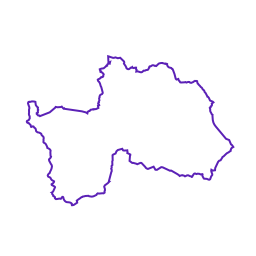 the district of Ahuacatlán, Puebla, Mexico, rotated 252°
{"feature_id": "50627088B38644247455726", "entity_name": "Ahuacatlán", "entity_type": "district", "adm_level": 2, "iso_a3": "MEX", "parent_name": "Mexico", "parent_adm1": "Puebla", "projection": "albers", "projection_center": [-97.866, 20.028], "detail": "fine", "context": "isolated", "style": "outline", "palette": "violet", "viewbox_px": 256, "rotation_deg": 252, "n_neighbors": 0, "source": "geoboundaries", "source_scale": "gbopen_adm2", "svg_char_len": 5805}
<svg xmlns="http://www.w3.org/2000/svg" viewBox="0 0 256 256"><g transform="rotate(252 128 128)"><path d="M183.5,41.6L183.3,41.1L182.4,40.5L179.7,40.5L179.0,40.6L177.4,40.4L176.0,39.5L173.0,38.6L172.3,38.2L171.1,37.9L169.6,38.1L168.2,37.7L167.5,37.5L166.1,35.9L166.0,34.3L165.7,34.0L165.3,33.7L164.7,33.7L164.0,34.0L163.4,35.1L162.3,35.5L161.4,36.1L160.8,36.3L159.2,36.1L158.9,36.3L158.9,36.6L159.0,38.0L158.6,38.6L157.5,38.9L156.3,39.7L155.6,39.9L153.7,39.7L153.2,39.7L152.7,40.0L151.8,40.7L151.2,41.9L150.1,43.1L149.3,43.7L148.5,43.6L147.7,43.8L145.8,44.8L144.9,44.8L144.1,44.6L143.3,44.1L141.8,43.7L140.8,43.2L139.9,43.5L138.9,44.5L137.9,44.9L135.2,45.3L134.0,45.1L133.1,46.1L132.1,46.9L131.2,47.3L130.4,47.4L129.0,46.7L125.4,45.7L124.6,46.0L124.3,45.8L123.3,44.7L122.8,43.5L122.4,43.1L122.0,43.0L120.4,43.0L120.0,43.2L117.8,43.5L116.7,43.9L115.7,43.9L114.9,43.8L113.0,42.7L111.8,41.7L110.6,40.5L109.5,39.7L109.3,39.5L109.2,38.9L108.5,37.7L107.7,37.0L106.7,37.0L106.4,37.1L104.8,38.8L102.9,39.1L102.0,39.5L100.1,41.2L99.4,40.8L98.6,39.6L98.2,38.0L97.7,37.8L97.2,38.0L95.6,39.6L94.6,40.3L94.2,40.3L90.8,37.2L90.3,36.3L90.2,35.7L90.0,35.9L88.6,35.5L87.2,36.1L86.9,36.2L86.5,35.9L85.0,37.1L84.7,37.2L83.8,36.8L82.7,37.4L82.4,38.4L82.1,40.8L81.4,42.2L82.8,44.3L82.6,44.8L82.2,45.0L81.4,45.0L80.8,44.9L79.8,44.9L78.1,45.4L76.7,46.4L76.3,47.1L75.7,48.6L75.0,49.9L74.2,50.7L73.4,51.2L72.8,51.0L72.6,50.8L71.9,50.8L71.7,51.5L71.6,52.6L72.7,56.6L73.5,56.8L74.7,56.8L75.1,57.7L76.1,61.1L76.4,61.8L76.6,62.5L76.5,63.2L76.8,63.9L76.6,64.6L76.5,66.5L75.7,69.5L75.2,69.8L74.0,72.1L73.8,73.0L73.7,74.2L74.1,77.3L74.8,78.0L75.2,79.0L74.6,80.1L73.9,83.3L73.4,84.6L73.8,85.8L75.1,86.1L75.8,86.8L77.1,87.2L79.5,87.2L80.6,88.2L81.8,91.8L82.6,93.3L82.7,93.0L91.1,98.4L91.9,99.1L93.3,99.6L94.4,99.4L95.2,100.2L96.9,100.6L97.1,100.8L97.6,101.7L101.1,102.7L101.9,103.4L106.9,104.9L107.3,105.7L107.6,108.3L109.4,109.8L110.2,111.5L110.0,116.1L108.3,116.4L107.8,117.2L107.1,119.7L107.0,120.4L105.3,120.1L104.4,119.6L102.1,122.0L101.6,121.9L101.2,121.4L96.2,119.3L93.5,121.2L93.2,122.2L91.5,124.8L90.7,125.6L91.0,129.0L90.6,130.0L85.6,132.4L84.7,132.6L83.8,133.2L82.9,134.3L83.3,140.4L79.8,141.2L79.3,142.7L80.5,147.5L79.9,148.8L74.3,154.8L74.4,155.2L74.1,156.0L69.0,160.6L67.5,161.8L66.4,162.3L66.5,163.1L66.4,165.0L65.9,165.5L65.7,166.2L65.3,166.6L64.5,167.1L64.4,167.3L64.7,169.6L64.3,170.8L63.2,171.9L62.3,173.3L61.8,173.5L61.8,174.0L62.6,174.7L63.9,176.4L64.1,177.0L64.1,177.4L63.9,177.9L63.1,178.7L63.0,180.2L62.4,181.6L61.3,182.9L61.2,184.4L60.9,184.6L60.0,184.1L59.0,184.0L56.5,184.5L56.2,184.9L55.3,187.2L54.0,188.7L53.7,189.4L53.9,190.3L56.1,192.0L56.7,192.7L57.3,193.6L58.1,193.9L60.4,193.8L61.6,193.9L62.5,194.4L61.3,195.4L60.9,197.7L63.0,198.6L68.0,203.3L68.7,204.6L68.7,206.1L70.7,208.5L71.2,208.9L71.5,210.2L73.0,213.2L73.5,214.4L73.8,216.4L74.1,216.9L74.5,218.6L75.2,218.8L76.3,219.6L76.9,220.3L77.4,222.3L79.7,221.6L80.6,220.9L85.3,220.5L87.4,217.9L102.4,211.9L104.6,211.2L106.8,210.9L109.4,211.1L113.9,212.2L114.4,212.5L115.3,211.9L117.0,211.7L118.2,211.4L119.4,211.6L120.1,211.9L121.8,212.0L121.9,212.6L122.1,213.0L122.6,213.2L122.9,213.2L123.4,214.6L123.7,214.8L124.3,215.1L125.3,215.2L126.0,217.2L126.8,216.8L128.7,214.6L129.0,214.5L131.7,214.2L133.0,213.7L133.2,213.2L134.4,213.1L137.3,212.6L138.5,212.0L140.1,212.0L141.7,211.0L143.0,210.8L143.6,210.6L144.5,209.9L145.9,209.4L147.4,208.6L148.3,208.4L148.7,208.0L149.8,208.0L151.2,208.2L151.7,207.4L151.9,206.4L152.1,206.2L151.9,205.0L151.6,204.4L151.4,202.1L151.9,201.1L152.7,200.7L153.2,199.5L153.2,197.5L153.9,196.9L154.0,195.8L154.9,192.4L155.4,191.7L156.4,191.6L157.4,191.0L159.1,191.0L159.1,189.1L160.1,188.6L164.9,188.9L169.6,188.7L170.5,188.5L170.7,188.0L171.7,187.7L172.9,185.8L173.5,185.3L174.6,184.8L176.0,184.7L176.8,185.0L177.2,184.6L177.2,183.7L177.5,183.4L177.8,183.3L177.8,182.7L178.4,182.0L178.8,181.2L179.1,181.0L179.6,179.5L179.8,177.5L179.4,176.4L178.2,174.0L178.3,173.7L178.8,173.2L178.8,172.7L179.1,172.5L180.0,171.2L180.1,170.3L179.7,169.0L179.9,167.6L179.3,166.9L178.8,166.9L178.4,166.2L177.7,165.6L177.2,164.8L177.5,163.1L177.3,161.7L177.7,160.5L176.9,158.9L176.9,157.7L177.6,156.5L178.9,154.7L179.1,153.3L180.9,154.2L181.7,153.8L182.9,154.3L183.2,153.5L183.2,152.2L183.3,151.8L183.9,151.1L184.6,150.9L184.2,150.3L184.5,150.1L184.6,149.7L183.7,147.2L183.9,146.3L184.4,145.6L185.5,145.0L185.9,145.1L187.9,144.8L190.5,144.0L191.2,144.6L192.4,144.8L197.2,142.3L197.5,139.9L199.0,137.9L199.1,136.3L199.3,135.5L202.3,131.3L197.7,130.0L196.0,130.3L196.2,131.3L194.9,130.5L196.0,129.4L195.1,128.9L194.9,128.4L194.4,127.9L194.5,127.8L194.0,127.4L194.1,126.9L193.7,126.3L193.5,126.5L193.4,126.0L192.3,123.3L192.7,120.9L192.6,119.3L191.9,119.2L191.5,119.4L190.9,119.2L190.3,119.8L189.7,119.3L188.6,120.7L186.6,121.5L185.3,120.5L184.1,120.2L184.6,120.1L184.3,119.6L184.5,119.3L184.6,118.2L184.3,118.0L184.3,117.5L183.7,116.5L183.5,114.6L183.2,114.1L181.7,114.2L180.7,114.8L179.0,115.1L176.3,115.0L175.4,115.2L174.6,115.2L169.5,114.9L169.0,114.7L168.3,113.8L168.1,112.1L167.9,111.7L166.9,110.7L166.0,110.5L165.2,109.7L163.0,109.3L162.1,108.3L161.4,108.3L161.1,107.6L160.6,107.2L160.3,107.1L159.7,107.5L159.3,107.4L159.1,107.6L158.9,107.5L158.6,107.6L158.4,107.0L158.6,106.7L158.5,106.3L156.2,106.0L155.9,103.4L156.2,101.9L156.2,101.3L156.5,101.3L156.7,100.4L156.6,99.7L156.9,98.0L156.0,96.7L156.2,95.6L155.7,94.6L154.5,93.9L155.9,92.7L158.1,89.3L165.8,73.7L166.4,73.5L166.3,72.7L168.2,71.8L168.8,71.6L168.7,70.6L169.5,67.4L170.4,65.7L169.9,65.2L167.1,58.4L166.5,47.9L167.2,47.6L167.6,46.5L169.6,45.5L170.4,45.8L170.4,46.9L170.5,47.1L171.0,47.3L172.1,47.4L172.9,48.2L173.7,48.0L174.1,48.1L175.3,48.7L176.6,47.9L178.4,47.4L181.5,48.0L182.3,46.7L183.0,44.8L183.1,42.6L183.5,42.2L183.5,41.6Z" fill="none" stroke="#5b21b6" stroke-width="2"/></g></svg>